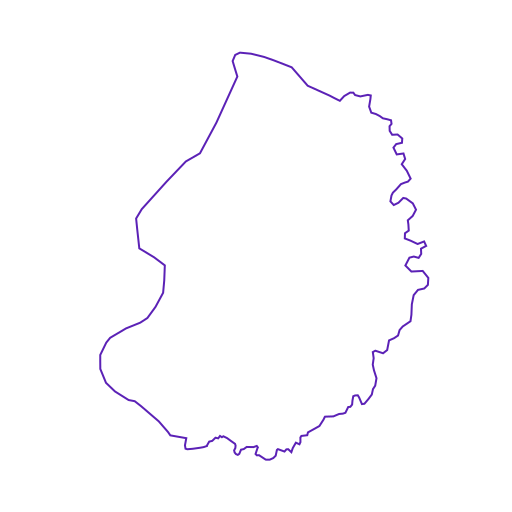 Kwali, Federal Capital Territory, Nigeria, rotated 172°
{"feature_id": "59680162B82021418174103", "entity_name": "Kwali", "entity_type": "district", "adm_level": 2, "iso_a3": "NGA", "parent_name": "Nigeria", "parent_adm1": "Federal Capital Territory", "projection": "robinson", "projection_center": [6.945, 8.73], "detail": "fine", "context": "isolated", "style": "outline", "palette": "violet", "viewbox_px": 512, "rotation_deg": 172, "n_neighbors": 0, "source": "geoboundaries", "source_scale": "gbopen_adm2", "svg_char_len": 2551}
<svg xmlns="http://www.w3.org/2000/svg" viewBox="0 0 512 512"><g transform="rotate(172 256 256)"><path d="M352.7,78.4L352.6,75.0L350.9,74.2L345.4,73.9L338.5,73.9L338.4,73.9L335.2,74.0L334.1,74.1L331.0,74.7L330.9,75.2L328.2,78.7L325.1,79.0L321.4,81.7L318.8,80.7L316.7,82.8L315.0,81.3L313.4,82.0L310.0,79.7L306.2,76.0L302.9,72.9L302.6,71.1L303.2,68.7L304.7,66.6L304.5,64.4L303.4,62.6L301.7,61.6L300.1,62.4L297.8,66.3L295.0,66.5L291.8,68.2L285.1,67.1L281.7,67.8L280.8,66.2L281.4,65.3L284.0,60.0L282.9,58.5L280.7,58.3L274.7,53.0L270.8,52.4L267.0,53.5L264.3,55.5L262.3,61.0L261.2,61.7L255.0,58.4L252.8,60.3L251.0,60.2L248.3,56.8L246.3,60.7L242.5,65.6L239.2,63.5L237.9,65.5L237.3,70.1L236.1,71.5L230.2,71.4L229.1,74.1L216.9,78.8L211.9,84.6L210.4,86.9L210.0,87.3L201.7,86.4L195.7,88.0L191.9,87.8L189.3,88.3L185.7,93.6L183.6,93.5L181.5,95.5L180.6,99.4L179.2,103.6L177.3,104.1L174.6,103.9L173.6,101.6L171.7,94.6L169.2,94.6L164.7,98.6L160.6,102.7L158.7,107.9L156.0,111.0L153.7,118.2L155.1,126.5L155.5,132.2L153.7,138.4L153.7,144.6L151.0,145.6L143.7,142.0L139.2,144.6L136.0,153.9L130.7,155.4L126.4,157.5L124.1,162.7L120.5,165.8L112.1,169.9L110.3,176.1L108.4,186.5L105.3,195.3L100.3,199.9L93.9,200.4L89.8,203.5L88.4,210.3L93.0,218.0L104.3,219.0L109.4,225.8L104.3,233.0L99.8,233.5L95.2,231.5L92.1,235.1L91.6,240.3L86.1,242.3L87.5,247.0L94.3,245.4L100.7,249.6L106.2,252.7L105.3,257.8L101.2,259.9L100.7,266.1L100.7,270.2L95.2,273.9L91.1,279.6L93.4,286.3L99.3,292.0L102.1,293.0L107.5,288.9L112.5,287.3L115.3,291.4L113.4,297.1L111.6,299.7L108.0,302.3L102.5,307.0L98.4,308.0L95.2,308.5L92.1,311.1L94.8,319.4L98.9,326.6L94.8,331.3L95.7,337.0L102.5,337.0L104.8,344.2L101.6,347.3L95.7,347.8L94.8,352.0L98.9,356.6L104.3,357.1L106.2,361.3L105.7,365.9L103.4,368.0L103.4,371.6L107.1,373.2L111.2,374.7L113.9,377.3L117.5,379.9L121.9,381.9L123.2,388.2L120.9,395.4L120.0,399.0L122.8,400.0L130.5,399.5L135.5,401.6L136.9,404.2L140.1,404.7L146.4,402.1L151.4,398.0L156.9,401.8L160.8,404.6L181.1,417.4L194.4,437.9L211.2,447.3L220.3,452.0L225.7,454.2L232.7,457.0L243.6,459.6L248.6,458.0L252.0,452.3L251.2,447.0L249.5,436.3L276.7,393.5L297.2,365.5L312.3,359.4L334.2,342.1L362.6,318.3L369.5,309.8L369.9,299.2L370.5,279.8L357.1,268.9L347.6,259.4L348.2,256.1L348.6,253.8L350.3,244.4L353.1,232.5L362.6,219.6L372.2,209.7L379.9,206.1L394.3,202.5L394.5,202.5L411.8,195.3L416.3,191.1L424.0,179.7L424.9,173.4L425.9,165.8L422.2,151.3L414.5,141.5L402.2,131.1L396.3,129.1L390.8,123.4L375.3,105.8L367.6,93.9L365.8,90.3L350.4,85.3L352.7,78.4Z" fill="none" stroke="#5b21b6" stroke-width="2"/></g></svg>